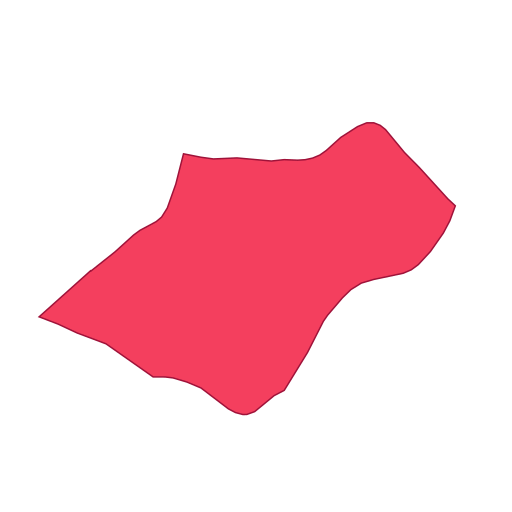 Ulaanbaatar, Albers equal-area conic projection, rotated 307°
{"feature_id": "MNG-3331", "entity_name": "Ulaanbaatar", "entity_type": "Municipality", "adm_level": 1, "iso_a3": "MNG", "parent_name": "Mongolia", "parent_adm1": "", "projection": "albers", "projection_center": [106.992, 47.946], "detail": "fine", "context": "isolated", "style": "filled", "palette": "rose", "viewbox_px": 512, "rotation_deg": 307, "n_neighbors": 0, "source": "natural_earth", "source_scale": "10m", "svg_char_len": 885}
<svg xmlns="http://www.w3.org/2000/svg" viewBox="0 0 512 512"><g transform="rotate(307 256 256)"><path d="M76.9,119.4L145.4,132.9L143.9,133.0L174.4,140.9L199.0,145.6L206.7,147.9L223.4,155.6L230.3,157.2L240.9,156.3L265.1,148.7L294.0,136.6L301.7,152.5L307.9,163.6L322.9,181.8L341.1,211.1L349.9,220.5L357.6,231.6L362.5,237.3L368.3,242.3L375.0,246.2L382.5,248.6L401.7,252.3L420.4,259.2L428.9,264.2L433.3,270.0L435.1,276.6L434.9,283.4L428.0,312.3L424.9,333.4L417.1,374.7L416.0,385.0L400.8,389.6L387.0,391.8L364.5,392.6L346.8,390.8L338.4,388.3L330.9,384.0L308.1,364.1L297.7,356.4L286.3,352.0L274.6,350.2L251.8,348.8L244.4,349.1L209.9,355.2L165.7,359.4L155.4,354.5L130.9,348.6L123.9,344.0L121.5,340.9L118.6,333.8L117.3,325.9L117.5,291.5L113.7,276.5L108.7,263.1L104.7,256.2L97.5,246.6L95.6,189.1L86.9,159.6L82.5,138.9L76.9,119.4Z" fill="#f43f5e" stroke="#9f1239" stroke-width="1.5"/></g></svg>